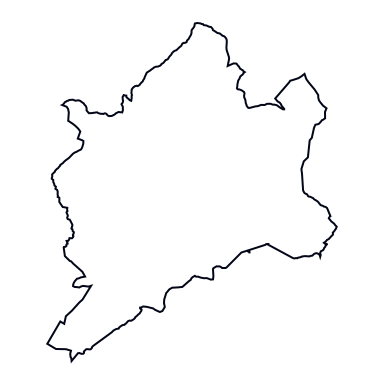 the district of San Antonio Cañada, Puebla, Mexico
{"feature_id": "50627088B68124380296432", "entity_name": "San Antonio Cañada", "entity_type": "district", "adm_level": 2, "iso_a3": "MEX", "parent_name": "Mexico", "parent_adm1": "Puebla", "projection": "orthographic", "projection_center": [-97.28, 18.495], "detail": "fine", "context": "isolated", "style": "outline", "palette": "ink", "viewbox_px": 384, "rotation_deg": 0, "n_neighbors": 0, "source": "geoboundaries", "source_scale": "gbopen_adm2", "svg_char_len": 5841}
<svg xmlns="http://www.w3.org/2000/svg" viewBox="0 0 384 384"><path d="M226.5,267.5L241.4,252.5L247.4,250.6L247.8,251.3L248.5,251.2L249.2,252.4L249.5,252.4L249.4,250.7L249.0,250.1L265.5,244.8L266.1,244.1L268.3,244.0L268.2,244.7L293.2,258.2L294.8,258.4L295.7,258.1L297.4,258.2L297.7,257.8L300.4,257.2L301.7,256.8L301.9,256.5L304.9,256.1L309.4,256.4L310.2,256.0L312.4,255.6L314.1,253.9L315.6,253.3L316.5,253.2L318.1,253.7L319.3,254.6L319.8,255.4L320.2,256.8L320.7,255.0L320.2,253.4L320.4,252.2L321.0,251.2L323.0,250.2L323.8,249.1L324.0,248.2L325.3,246.7L325.5,245.8L326.9,244.4L326.7,243.9L326.3,243.8L325.3,243.9L323.9,242.8L325.9,241.3L326.9,240.0L329.0,238.9L329.5,238.1L330.3,237.5L330.7,236.8L332.7,234.9L333.0,234.5L332.8,232.6L333.9,231.6L336.1,228.4L336.7,226.6L335.3,225.3L334.2,223.7L331.3,221.4L328.8,218.3L329.9,216.3L330.4,216.1L327.1,208.1L325.7,207.0L323.5,206.4L323.0,205.9L320.6,205.1L318.0,201.8L316.7,200.8L314.0,199.2L313.1,198.1L310.0,196.7L308.6,196.5L307.9,195.9L307.4,194.8L306.6,194.0L305.5,193.7L304.3,192.8L304.0,192.2L303.1,190.5L302.0,173.6L301.4,169.1L303.8,161.3L307.9,157.4L309.7,140.3L311.8,137.9L314.0,127.9L315.4,124.7L318.0,124.2L319.0,123.7L321.1,121.4L321.8,120.3L323.0,119.8L325.1,118.3L325.0,111.9L326.5,108.3L323.0,105.6L320.3,102.3L319.0,100.4L318.3,97.8L318.2,95.0L314.6,89.5L308.6,82.3L306.3,79.1L304.5,73.9L301.6,76.2L298.4,78.2L291.9,80.3L290.2,80.7L289.2,82.3L275.2,98.5L277.5,101.3L279.9,102.8L281.1,104.5L281.5,105.6L284.2,108.9L284.2,109.3L282.9,109.3L279.6,107.3L276.8,105.2L274.1,104.6L272.6,104.6L270.7,103.8L267.1,103.8L264.6,105.0L261.1,104.9L258.0,106.1L255.4,106.4L250.5,107.7L249.0,108.0L248.2,107.8L246.6,105.8L246.4,104.5L245.9,103.6L245.3,99.8L244.2,97.3L244.1,95.7L244.5,93.4L244.2,92.2L241.8,90.4L239.4,89.4L238.1,89.4L237.0,88.6L236.9,88.2L237.2,87.0L237.4,84.5L238.2,80.6L239.5,78.6L240.1,76.8L241.2,75.6L242.5,74.7L243.4,73.5L243.5,72.9L244.7,72.1L243.6,71.4L242.9,70.4L240.0,68.6L239.0,66.6L238.1,65.8L236.5,63.6L233.6,63.4L227.7,66.0L229.1,58.8L228.9,57.0L226.7,50.2L226.4,47.8L226.8,41.8L226.6,39.5L226.1,38.4L224.7,36.7L223.8,36.1L222.4,35.7L221.1,34.5L219.6,33.4L217.4,33.0L214.4,30.9L213.0,30.2L212.6,28.8L211.0,27.0L209.0,26.7L206.5,25.5L203.7,25.1L203.1,24.2L201.4,23.9L200.5,23.4L197.2,23.0L194.9,23.5L194.6,24.6L194.5,25.9L193.8,27.3L191.6,30.2L191.5,33.1L190.9,34.9L188.4,39.3L187.4,40.1L187.0,40.6L186.6,42.1L185.0,42.9L184.1,42.8L182.9,43.3L182.4,43.6L181.2,45.9L179.5,47.2L176.4,50.2L175.1,50.6L173.6,51.5L172.1,53.0L171.2,54.7L169.4,56.6L167.8,59.2L166.3,59.9L165.7,60.0L163.3,63.0L161.5,64.0L160.9,65.0L159.9,65.8L157.8,66.6L155.9,66.7L153.8,67.6L153.4,68.1L151.5,69.4L150.0,70.6L146.8,72.6L144.6,77.4L144.4,78.4L143.2,80.2L142.7,81.4L140.6,83.4L139.6,84.9L137.8,86.1L136.8,85.7L134.7,86.3L132.9,87.8L131.7,89.5L131.4,93.1L132.0,95.1L131.7,95.7L131.6,98.7L131.2,100.8L129.7,100.2L128.6,98.9L127.5,98.2L126.3,96.8L126.3,95.6L125.0,95.5L123.7,95.1L122.6,97.1L122.8,99.8L123.1,100.6L122.7,102.7L121.6,103.9L121.5,104.3L122.8,106.6L122.9,110.2L122.2,112.4L121.4,112.2L120.4,112.3L118.9,112.0L118.3,112.1L115.9,113.3L114.6,114.5L112.5,115.6L111.8,115.9L109.4,116.1L108.4,115.9L107.6,115.3L106.6,114.1L105.9,113.6L105.3,113.4L104.4,113.4L103.3,114.0L102.3,113.8L100.6,113.8L98.0,113.0L97.3,112.4L96.3,112.4L91.8,113.1L88.9,113.2L86.6,110.5L86.6,108.0L85.9,106.2L85.2,105.3L84.7,105.0L83.8,103.5L80.2,100.9L78.7,100.3L75.5,100.7L72.8,99.7L69.2,100.0L68.2,100.7L66.8,101.0L66.2,101.6L65.2,101.9L63.0,104.6L62.2,105.0L66.7,106.8L68.1,109.0L68.8,112.5L68.2,120.8L72.5,123.6L75.4,125.9L78.2,128.6L80.3,131.5L77.8,138.6L81.9,140.1L83.4,141.0L83.3,143.7L82.1,147.6L81.0,149.5L78.2,150.8L76.6,151.8L75.0,152.4L72.9,153.8L68.9,158.0L65.7,160.3L64.0,161.8L62.9,163.1L60.2,165.0L59.8,166.2L58.8,167.1L57.9,168.4L57.0,168.8L55.2,170.7L54.9,171.7L52.3,174.2L52.1,174.9L52.3,176.1L51.7,178.7L52.5,179.5L53.2,179.8L53.3,182.1L54.1,183.6L54.5,185.5L55.9,186.7L55.4,188.8L57.1,189.9L57.5,190.8L57.7,191.7L57.6,194.6L57.9,195.4L57.7,197.0L59.1,197.5L59.4,197.9L59.3,202.0L62.7,207.0L67.3,207.8L67.1,209.9L67.5,211.1L66.8,211.8L66.5,212.6L67.8,215.3L67.8,216.0L67.2,217.5L67.4,218.6L67.8,219.1L69.8,219.7L72.3,224.5L72.4,225.8L72.0,226.3L71.9,227.4L71.4,228.4L71.6,228.8L71.9,228.8L72.5,229.4L72.7,231.1L73.9,232.2L73.6,233.6L72.9,234.7L73.0,236.0L73.4,236.2L73.1,237.1L72.1,238.2L71.6,238.3L69.5,238.1L68.9,240.0L68.1,240.8L66.6,240.9L67.0,242.0L67.3,242.0L67.6,243.7L67.0,243.9L66.4,244.6L66.4,245.9L65.6,246.7L63.9,247.0L63.7,247.6L64.9,256.1L69.9,261.0L71.2,261.4L73.2,263.6L82.4,271.8L85.1,276.6L80.8,277.4L78.7,278.4L77.0,278.7L74.8,281.2L73.8,282.9L73.2,284.5L73.1,286.2L74.8,287.0L77.2,287.1L79.1,287.5L81.5,286.3L83.3,285.9L88.4,286.6L91.1,285.8L82.5,299.6L79.3,302.5L71.9,310.7L65.9,316.2L64.2,323.8L60.3,321.5L47.3,343.8L56.0,349.0L66.1,349.2L71.0,350.7L70.2,353.8L70.6,357.1L71.3,358.2L71.6,361.0L78.0,353.2L79.3,353.0L81.7,353.9L83.2,353.7L83.8,353.3L84.0,352.8L83.9,351.5L86.0,349.4L87.2,349.1L89.6,349.4L90.8,349.2L91.7,348.2L92.3,346.7L93.3,345.8L109.7,333.8L112.1,332.0L112.6,331.3L114.1,330.1L116.3,329.0L118.7,328.6L119.1,327.6L120.2,326.6L122.5,325.1L124.5,324.8L125.0,324.1L125.8,323.7L128.0,321.2L129.4,320.6L131.3,320.7L133.8,319.2L135.0,318.0L135.4,317.0L136.7,316.1L138.1,314.6L139.4,313.7L141.3,310.9L141.6,309.8L140.1,308.4L140.1,307.6L141.6,307.5L142.4,306.7L143.3,306.5L146.6,306.8L153.1,308.4L155.2,309.9L159.9,312.0L162.4,311.0L164.8,307.0L164.0,303.1L164.2,299.6L166.2,293.1L169.4,289.3L172.2,287.7L177.9,287.4L182.4,286.9L189.2,280.9L190.7,279.9L191.4,278.3L192.9,276.9L193.7,276.6L194.8,275.8L196.1,276.7L198.2,276.7L200.7,277.6L203.8,278.2L206.8,278.1L210.8,279.6L213.0,279.4L213.4,276.4L213.0,268.9L213.4,268.2L216.6,266.3L218.2,266.5L218.8,266.3L220.5,266.7L222.1,268.0L225.6,268.0L226.5,267.5Z" fill="none" stroke="#020617" stroke-width="2"/></svg>